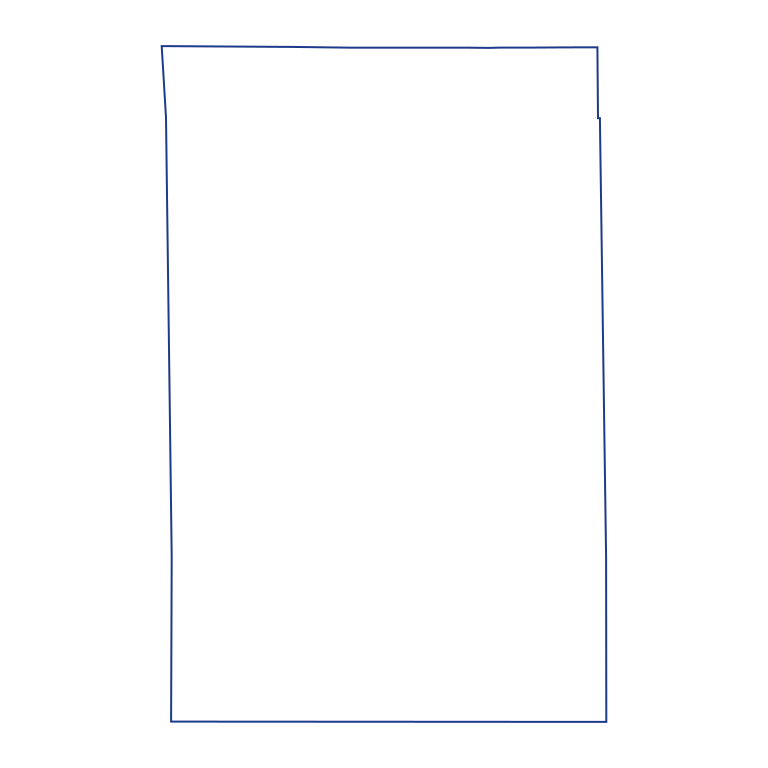 the district of Alfalfa, Oklahoma, United States of America
{"feature_id": "52423323B68543825446879", "entity_name": "Alfalfa", "entity_type": "district", "adm_level": 2, "iso_a3": "USA", "parent_name": "United States of America", "parent_adm1": "Oklahoma", "projection": "albers", "projection_center": [-98.29, 36.731], "detail": "fine", "context": "isolated", "style": "outline", "palette": "blue", "viewbox_px": 768, "rotation_deg": 0, "n_neighbors": 0, "source": "geoboundaries", "source_scale": "gbopen_adm2", "svg_char_len": 365}
<svg xmlns="http://www.w3.org/2000/svg" viewBox="0 0 768 768"><path d="M597.4,47.3L561.7,47.4L531.3,47.6L500.5,47.6L489.1,47.9L470.8,47.7L361.5,47.7L360.6,47.7L353.6,47.7L298.3,47.0L289.0,46.9L287.0,46.9L161.7,46.1L166.0,117.7L171.7,556.5L171.1,721.6L606.3,721.9L606.1,557.4L599.9,118.1L598.0,118.1L597.4,47.3Z" fill="none" stroke="#1e3a8a" stroke-width="2"/></svg>